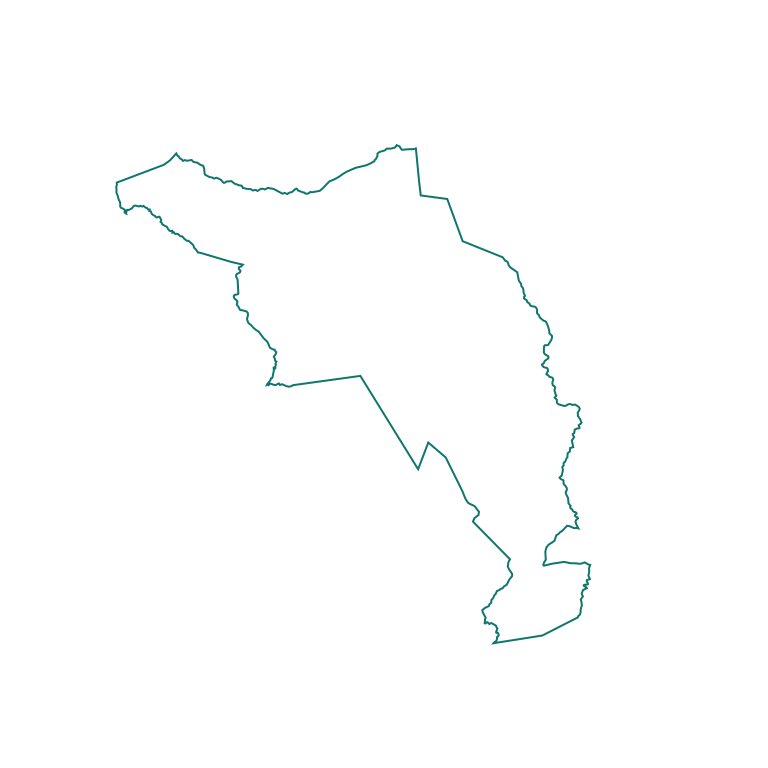 the district of Intibuca, Intibucá, Honduras, rotated 157°
{"feature_id": "27666195B5918981797779", "entity_name": "Intibuca", "entity_type": "district", "adm_level": 2, "iso_a3": "HND", "parent_name": "Honduras", "parent_adm1": "Intibucá", "projection": "mercator", "projection_center": [-88.141, 14.453], "detail": "fine", "context": "isolated", "style": "outline", "palette": "teal", "viewbox_px": 768, "rotation_deg": 157, "n_neighbors": 0, "source": "geoboundaries", "source_scale": "gbopen_adm2", "svg_char_len": 6159}
<svg xmlns="http://www.w3.org/2000/svg" viewBox="0 0 768 768"><g transform="rotate(157 384 384)"><path d="M264.9,136.9L266.3,137.9L269.0,141.4L272.0,141.5L274.4,142.1L276.5,143.5L282.8,146.4L287.5,149.8L299.4,152.9L307.4,154.2L308.0,154.5L308.1,155.2L306.7,156.9L303.7,159.1L301.0,166.7L298.2,170.2L295.5,171.7L288.4,173.0L284.3,177.6L282.3,177.6L280.1,178.7L276.9,179.3L270.9,182.0L268.5,180.4L265.4,177.1L262.2,175.8L261.5,175.2L261.8,179.2L261.6,182.3L260.4,183.7L257.8,184.6L257.9,185.5L259.4,187.0L259.7,188.1L259.3,188.8L257.4,189.4L257.2,189.8L257.7,191.0L259.5,192.6L260.0,195.5L260.9,196.7L260.6,198.3L259.9,198.8L260.8,202.0L259.1,207.2L259.4,210.8L259.2,212.9L258.9,213.5L257.0,215.1L256.4,216.9L256.7,218.8L257.7,222.0L256.6,224.6L256.5,225.3L258.4,227.4L259.0,229.2L256.0,230.4L252.8,235.1L252.3,238.0L250.5,238.8L249.5,241.1L248.8,241.5L247.7,241.6L245.0,244.3L243.8,244.9L242.0,248.5L239.4,249.2L237.6,252.4L234.5,251.9L233.1,258.7L229.7,260.8L230.1,263.4L229.9,264.1L228.1,264.5L226.2,267.5L224.0,267.6L221.4,267.0L221.0,267.8L220.9,270.0L218.1,270.7L217.3,271.3L217.2,275.1L218.0,278.8L216.8,282.0L214.7,283.4L213.4,284.8L213.7,286.9L216.1,290.4L218.6,291.0L219.8,292.3L221.2,293.1L223.1,293.3L225.0,292.9L226.9,293.5L231.3,297.1L232.0,298.6L232.0,299.8L231.0,302.1L232.2,304.8L229.9,306.0L230.1,307.1L229.6,311.6L227.7,314.1L228.2,315.6L229.0,316.8L228.9,318.4L228.1,320.1L226.6,321.7L226.3,322.9L226.7,324.2L228.9,326.0L229.5,328.0L230.7,329.3L230.4,330.0L227.9,331.9L227.4,334.2L227.8,335.1L230.4,337.1L231.2,339.7L230.8,340.4L228.9,340.6L227.1,342.4L223.4,343.2L222.2,343.9L222.1,345.6L224.1,348.2L224.6,350.3L222.9,354.3L221.7,356.4L220.7,356.8L218.5,355.9L217.5,355.9L212.9,359.1L211.1,361.2L210.6,362.7L211.9,366.0L211.0,368.9L210.5,372.9L210.5,377.6L211.0,378.7L212.4,380.0L214.2,383.4L214.6,384.6L214.5,387.0L215.4,389.0L215.3,389.9L214.1,392.4L214.1,394.7L214.8,396.1L217.4,397.8L218.6,399.0L218.8,401.4L220.1,403.5L219.9,405.3L221.7,408.2L221.2,409.3L219.8,410.0L219.7,414.0L218.7,416.8L218.7,418.5L219.3,420.4L218.7,422.7L219.5,426.4L217.7,434.8L222.4,442.5L222.8,444.7L222.5,447.3L222.7,448.4L224.3,450.3L225.2,454.2L255.8,484.7L253.5,529.6L276.5,543.2L272.7,556.3L262.6,588.4L265.4,588.7L269.3,590.4L275.8,592.5L276.5,593.9L276.8,596.6L279.0,598.9L281.0,597.6L282.0,597.4L285.1,597.8L289.7,599.6L291.8,598.7L297.1,599.3L298.9,599.1L300.1,598.5L301.0,596.4L303.8,594.1L305.1,593.8L306.0,592.7L308.1,592.7L309.7,592.3L315.1,592.3L325.8,594.1L335.4,594.0L339.9,593.4L343.6,592.5L348.8,591.8L355.2,591.8L364.6,587.8L367.7,586.9L375.3,588.6L376.8,589.6L378.9,589.0L380.2,589.1L381.9,590.0L382.9,591.7L383.7,592.0L387.5,595.7L387.8,597.4L388.3,598.0L389.7,598.0L393.4,596.7L396.7,597.1L398.7,596.6L400.9,598.8L402.6,598.7L403.2,599.0L409.4,606.7L414.3,609.9L417.6,609.6L418.7,610.7L420.9,611.8L425.0,611.1L426.4,612.9L429.2,613.4L430.4,615.3L435.1,617.9L436.5,619.3L437.3,619.6L437.5,622.1L439.8,623.6L443.4,627.0L445.1,630.3L449.8,631.9L451.9,631.5L452.9,631.8L453.4,632.6L454.2,635.4L457.0,638.8L457.7,639.3L460.1,639.5L461.4,641.1L464.1,643.0L466.9,646.6L466.9,647.8L465.4,652.5L465.2,655.6L467.3,657.4L469.4,660.7L472.6,662.9L473.6,665.4L478.0,666.4L479.8,667.9L481.9,667.9L482.3,669.6L483.9,671.7L484.0,673.6L485.0,675.0L485.1,677.4L493.5,673.5L501.1,671.8L551.3,673.8L552.0,671.8L553.7,669.7L554.0,668.0L555.5,664.8L555.6,660.9L556.1,658.3L556.0,653.9L557.5,650.4L557.2,648.9L555.3,647.0L554.8,645.9L554.7,644.3L555.3,644.2L555.7,643.5L555.4,642.3L554.8,641.7L554.8,642.4L553.7,643.1L553.4,644.1L552.7,644.7L550.9,643.9L547.5,644.2L544.6,645.7L543.2,645.4L540.2,643.2L538.4,643.1L537.4,641.9L535.8,641.9L534.8,639.8L533.3,638.5L533.2,637.1L531.5,636.2L532.4,634.9L531.1,633.8L531.4,631.7L530.4,629.6L529.2,628.3L528.6,626.5L528.0,626.0L525.9,626.0L525.3,625.6L524.9,622.1L526.4,620.4L525.6,619.3L525.6,617.3L522.4,613.4L522.2,610.9L521.5,608.8L520.9,608.3L519.1,607.8L519.7,605.9L518.3,605.9L517.7,603.8L516.2,603.3L515.1,602.5L513.7,599.6L512.0,598.6L511.0,595.5L509.6,593.0L509.2,592.6L508.1,592.3L507.6,591.5L505.3,586.3L505.5,583.5L504.5,581.1L503.8,577.6L502.4,577.0L477.1,556.2L467.3,549.0L469.5,548.0L472.1,548.1L472.6,546.4L471.9,544.5L472.0,544.0L473.1,543.0L476.7,542.7L477.5,542.1L478.2,540.4L478.0,538.4L478.2,536.6L482.7,524.2L483.4,523.7L486.2,524.3L487.3,524.2L488.0,523.5L488.3,522.2L488.2,521.0L487.1,518.9L486.6,517.2L488.5,514.6L487.9,512.4L487.6,508.7L487.2,508.1L485.3,507.0L482.1,504.4L481.6,502.5L482.2,500.7L484.8,497.2L485.0,493.1L483.1,489.6L482.3,486.9L480.7,483.7L478.9,481.2L477.0,473.4L474.8,468.2L474.8,462.0L473.0,459.5L471.3,458.3L471.2,456.7L470.7,455.4L472.4,453.5L474.7,452.3L474.6,450.0L475.1,448.0L474.3,446.6L476.0,445.1L476.0,444.0L477.2,442.6L477.9,440.9L478.2,440.8L478.9,442.2L479.2,442.2L480.2,439.3L484.0,433.8L484.9,433.1L485.9,433.3L486.7,432.2L489.5,430.4L491.0,429.9L492.1,428.9L491.4,428.9L490.7,428.0L489.3,428.9L488.6,428.9L485.4,426.0L484.0,425.4L480.6,425.6L480.2,423.7L478.0,423.7L474.6,420.1L472.5,418.6L469.9,418.2L468.3,418.5L402.6,400.7L385.9,292.2L366.1,312.8L355.9,292.3L353.7,254.3L353.9,247.4L353.5,244.1L353.0,241.8L352.1,240.4L348.6,236.6L347.8,234.9L347.5,232.7L346.5,229.3L348.3,226.4L353.1,225.2L355.9,222.6L336.5,173.4L337.7,172.6L339.1,171.3L341.4,167.7L341.3,164.6L340.3,159.4L340.6,158.1L341.3,157.0L344.5,155.4L349.6,151.2L352.4,150.9L354.8,149.6L356.6,149.9L357.9,149.3L361.0,149.3L363.3,147.0L364.6,146.7L367.0,144.4L369.6,143.1L370.8,140.7L373.3,139.8L374.3,138.6L378.5,138.5L381.9,137.4L382.3,135.3L381.7,129.3L382.8,128.1L384.8,124.4L384.1,123.9L383.0,124.4L381.8,124.3L380.8,121.9L379.0,122.1L378.2,121.6L375.3,117.7L375.5,116.4L375.1,114.7L377.8,111.8L377.7,111.0L376.8,110.9L376.4,110.4L376.3,109.0L376.7,107.7L379.0,106.8L379.4,105.5L380.8,103.7L383.2,103.2L384.5,102.6L336.5,90.6L296.8,93.4L296.2,94.3L293.9,95.1L292.8,96.3L292.1,97.2L291.3,99.3L288.4,102.9L287.4,106.1L287.1,108.7L283.9,110.8L284.0,113.7L281.2,116.6L277.0,116.8L277.1,117.7L278.8,119.9L278.8,120.7L278.2,120.9L274.7,119.9L274.2,120.7L274.4,123.1L274.0,124.2L270.7,124.0L270.7,127.8L268.7,130.6L267.2,134.4L264.9,136.9Z" fill="none" stroke="#0f766e" stroke-width="2"/></g></svg>